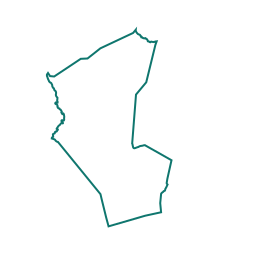 San Pedro Zacapa, Santa Bárbara, Honduras, rotated 328°
{"feature_id": "27666195B51644661429984", "entity_name": "San Pedro Zacapa", "entity_type": "district", "adm_level": 2, "iso_a3": "HND", "parent_name": "Honduras", "parent_adm1": "Santa Bárbara", "projection": "natural_earth1", "projection_center": [-88.13, 14.733], "detail": "fine", "context": "isolated", "style": "outline", "palette": "teal", "viewbox_px": 256, "rotation_deg": 328, "n_neighbors": 0, "source": "geoboundaries", "source_scale": "gbopen_adm2", "svg_char_len": 4588}
<svg xmlns="http://www.w3.org/2000/svg" viewBox="0 0 256 256"><g transform="rotate(328 128 128)"><path d="M186.6,48.8L182.7,50.1L146.8,45.8L130.5,47.6L124.6,44.3L92.7,45.2L89.4,42.7L89.3,39.0L89.1,39.1L88.9,39.2L88.4,39.4L88.3,39.5L88.0,39.5L87.8,39.6L87.6,39.7L87.4,40.0L87.2,40.3L87.0,40.6L86.9,40.8L86.8,41.0L86.8,41.4L86.8,41.6L86.6,42.2L86.3,43.3L86.2,44.0L86.1,44.3L86.0,45.3L86.0,45.7L85.9,46.1L85.8,46.4L85.8,46.8L85.9,47.3L85.9,47.6L86.0,47.9L86.1,48.1L86.4,48.5L86.5,48.8L86.6,49.1L86.7,49.3L86.6,49.8L86.6,50.6L86.6,50.8L86.5,51.1L86.5,51.3L86.4,51.6L86.1,52.1L85.9,52.6L85.9,52.9L85.8,53.2L85.8,53.8L85.8,54.1L85.8,54.3L85.9,54.7L86.1,54.9L86.1,55.1L86.1,55.3L86.0,55.6L85.9,56.0L85.8,56.4L85.7,56.6L85.7,56.8L85.7,57.0L85.8,57.3L85.8,57.5L86.0,57.9L86.1,58.1L86.1,58.4L86.1,58.5L86.0,59.1L86.0,59.4L85.8,59.8L85.7,59.9L85.5,60.3L84.9,61.1L84.6,61.4L84.5,61.5L84.4,61.6L84.3,61.8L84.2,62.1L84.1,62.6L84.0,62.9L84.0,63.2L84.0,63.5L84.1,64.0L84.1,64.4L84.2,64.9L84.1,65.0L83.8,65.5L83.5,66.0L83.2,66.3L83.0,66.5L82.7,66.8L82.6,67.0L82.4,67.4L82.3,67.7L82.2,68.0L82.2,68.3L82.2,68.5L82.0,68.8L81.9,68.9L81.8,69.0L81.7,68.9L81.5,68.7L81.3,68.6L80.8,68.3L80.5,68.1L80.4,68.1L80.2,68.1L79.8,68.2L79.7,68.4L79.6,68.5L79.4,68.6L79.4,68.8L79.3,69.0L79.4,69.3L79.6,69.6L79.8,69.7L79.8,69.8L80.0,69.9L80.1,70.1L80.2,70.4L80.2,70.7L80.2,70.9L80.2,71.1L80.1,71.5L80.0,71.8L79.8,71.9L79.7,72.0L79.6,72.3L79.7,72.5L79.4,72.8L79.4,73.0L79.3,73.4L79.3,73.6L79.3,73.9L79.4,74.0L79.5,74.3L79.8,74.8L80.0,74.9L80.1,75.0L80.0,75.3L80.0,75.6L80.1,75.9L80.1,76.1L80.3,76.3L80.5,76.5L80.6,76.9L80.6,77.1L80.5,77.6L80.5,78.2L80.5,78.4L80.6,78.8L80.5,79.0L80.3,79.3L80.0,79.4L79.9,79.5L79.7,79.6L79.7,79.9L79.7,81.3L79.7,81.5L79.8,81.6L80.0,81.7L80.5,81.2L80.8,81.3L80.9,81.5L80.9,81.9L80.9,82.2L80.8,82.5L80.6,83.1L80.4,83.5L80.1,84.3L79.8,84.8L79.6,85.1L79.4,85.3L79.2,85.5L78.7,86.3L78.5,86.8L78.3,87.0L78.2,87.1L78.0,87.3L77.8,87.4L77.6,87.6L77.4,87.6L77.2,87.5L77.0,87.4L76.8,87.2L76.7,87.1L76.5,86.7L76.4,86.6L76.2,86.4L75.8,86.4L75.7,86.4L75.6,86.5L75.4,86.6L75.3,86.8L75.2,87.0L75.2,87.4L75.4,87.8L75.5,88.1L75.5,88.6L75.5,88.9L75.5,89.1L75.4,89.2L75.4,89.4L75.3,89.5L75.1,89.5L75.0,89.4L74.9,89.2L74.6,89.0L74.3,88.8L73.9,88.6L73.6,88.6L73.4,88.6L72.5,89.0L71.7,89.3L71.4,89.3L71.1,89.3L70.8,89.3L70.2,89.4L69.8,89.6L68.6,90.1L67.3,90.7L67.1,90.8L67.0,91.0L67.1,91.3L67.3,91.4L67.4,91.5L67.6,91.6L67.7,91.8L67.6,92.1L67.6,92.3L67.4,92.4L67.0,92.2L66.8,92.4L66.4,92.7L66.2,92.9L65.9,93.0L65.7,93.1L65.3,93.0L65.2,93.0L65.1,92.8L64.9,92.7L64.7,92.7L64.3,92.7L64.1,92.8L63.9,92.8L63.7,93.0L63.5,93.3L63.3,93.4L63.0,93.6L62.9,93.7L62.7,93.7L62.4,93.6L62.0,93.5L61.7,93.4L61.4,93.4L61.2,93.5L60.9,93.7L60.8,93.8L60.7,94.0L60.4,94.8L60.1,95.3L60.0,95.6L59.9,95.8L59.6,95.8L59.3,95.8L58.8,95.8L58.5,95.8L58.3,95.9L58.2,96.0L57.8,96.5L58.1,96.8L58.9,97.8L59.2,98.2L59.5,98.5L59.7,98.8L59.8,99.1L59.9,99.6L59.9,99.9L59.9,100.3L59.9,100.5L60.0,100.7L60.1,101.0L60.3,101.6L60.7,102.2L60.9,102.5L61.2,102.7L69.6,169.5L68.1,173.9L62.1,192.2L59.4,201.1L96.1,211.5L97.5,212.0L111.4,217.0L115.5,208.8L121.1,201.5L121.4,201.2L121.8,201.1L122.0,201.0L122.4,200.9L122.8,200.9L123.2,200.8L124.0,200.8L124.3,200.7L124.6,200.5L124.8,200.5L125.1,200.5L125.8,200.7L126.2,200.6L126.6,200.3L126.8,200.1L127.2,199.6L127.5,199.4L128.1,199.1L128.4,198.9L129.0,198.6L131.6,196.9L131.5,196.3L131.4,195.8L131.5,195.5L131.6,195.2L134.4,192.0L147.8,178.4L133.2,151.5L132.7,151.3L132.1,151.0L130.9,150.7L130.5,150.5L130.0,150.3L129.3,150.0L128.9,149.8L128.3,149.7L128.0,149.6L127.6,149.6L127.4,149.6L127.0,149.6L126.8,149.6L126.7,149.6L126.2,149.4L124.4,149.0L123.7,148.9L123.4,148.8L123.0,148.7L122.8,148.6L122.6,148.5L122.4,148.3L122.3,148.2L122.2,148.0L122.2,147.8L122.1,147.5L122.1,147.2L122.2,146.9L122.8,145.1L123.0,144.6L123.2,144.2L123.3,143.8L123.3,143.4L152.5,103.9L167.7,98.9L195.2,72.1L198.2,69.7L197.3,69.3L197.2,69.2L196.9,69.1L196.6,69.1L196.4,69.0L196.0,69.0L195.5,68.9L195.2,68.5L194.3,67.9L194.1,67.7L193.8,67.4L193.6,67.2L193.4,67.0L193.1,67.0L192.7,67.1L192.4,67.1L192.2,66.8L191.9,66.6L191.9,66.3L191.6,65.8L191.4,65.5L191.1,65.4L190.9,65.2L190.8,64.9L191.1,64.1L191.1,63.5L191.1,63.0L191.0,62.5L190.8,62.4L190.6,62.0L190.6,61.5L190.4,61.0L190.2,60.9L189.8,60.9L189.4,60.7L189.1,60.4L188.9,60.1L188.6,60.0L188.4,59.7L188.1,59.0L188.0,58.7L187.9,58.2L187.9,57.9L187.8,57.5L187.6,57.5L187.4,57.6L187.4,57.3L187.4,56.9L187.5,56.1L187.5,55.8L187.4,55.2L187.0,54.7L186.6,54.2L186.2,53.5L186.0,52.4L185.9,51.5L185.9,50.8L186.1,50.0L186.2,49.3L186.6,48.8Z" fill="none" stroke="#0f766e" stroke-width="2"/></g></svg>